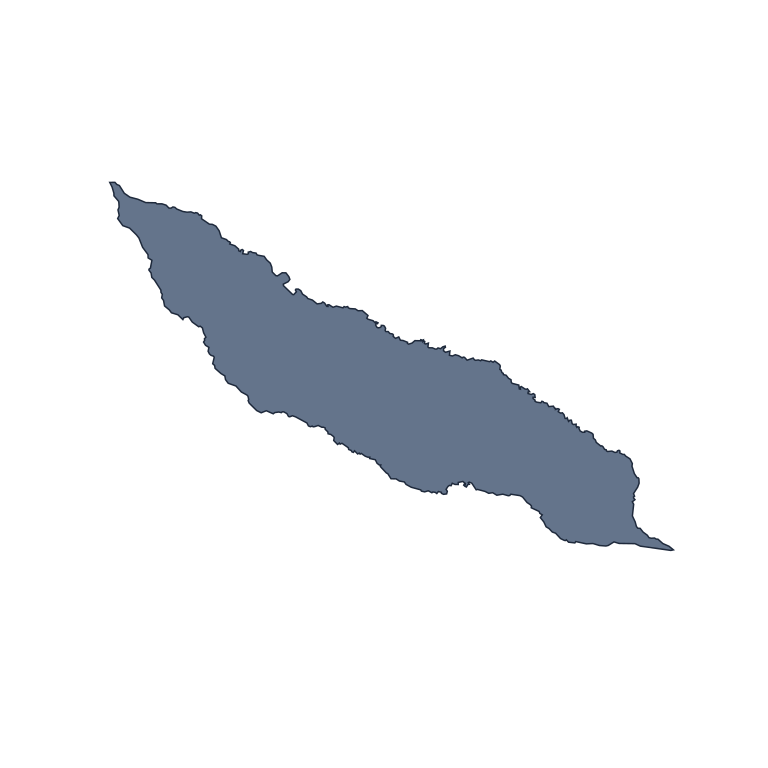 the district of Campos de Júlio, Mato Grosso, Brazil, rotated 293°
{"feature_id": "56859067B17254168333074", "entity_name": "Campos de Júlio", "entity_type": "district", "adm_level": 2, "iso_a3": "BRA", "parent_name": "Brazil", "parent_adm1": "Mato Grosso", "projection": "robinson", "projection_center": [-59.168, -13.576], "detail": "fine", "context": "isolated", "style": "filled", "palette": "slate", "viewbox_px": 768, "rotation_deg": 293, "n_neighbors": 0, "source": "geoboundaries", "source_scale": "gbopen_adm2", "svg_char_len": 6139}
<svg xmlns="http://www.w3.org/2000/svg" viewBox="0 0 768 768"><g transform="rotate(293 384 384)"><path d="M428.0,535.7L426.9,531.4L427.2,529.7L428.2,529.3L428.8,526.9L430.0,526.4L430.7,528.4L433.2,526.9L433.5,525.2L431.9,523.6L431.5,520.3L432.9,519.8L433.8,521.1L435.6,517.9L434.7,517.0L434.5,515.6L435.3,511.3L434.3,510.6L432.5,511.6L432.3,510.5L435.7,508.5L434.7,501.8L435.2,500.6L437.6,499.2L437.9,496.4L439.8,493.0L439.3,490.3L440.4,489.6L440.6,488.1L442.6,486.3L442.7,484.9L446.0,484.0L447.0,482.8L448.4,476.9L446.6,475.9L447.0,473.3L445.8,472.4L444.4,464.4L443.2,463.9L443.0,461.4L441.6,459.1L441.6,457.8L442.7,455.9L438.4,451.2L440.0,447.7L439.7,446.4L438.6,445.7L439.2,441.7L438.8,438.2L436.5,436.0L436.0,433.0L440.1,431.8L437.2,428.2L437.9,425.8L439.8,425.0L441.8,426.2L442.8,425.5L441.2,423.6L438.6,422.3L438.3,419.6L436.8,418.9L436.2,417.6L436.2,414.4L434.9,411.2L435.3,409.9L439.0,408.9L437.1,406.7L437.1,405.4L439.1,404.9L439.3,403.9L438.4,403.4L440.0,403.0L439.3,402.3L439.1,399.9L438.5,401.8L436.0,395.5L432.6,393.8L430.3,391.1L430.5,389.7L431.6,389.4L431.5,384.5L430.7,382.0L433.1,379.2L430.5,376.8L431.4,373.9L432.8,373.5L433.4,372.4L432.8,369.5L433.9,367.4L433.0,365.2L433.6,364.2L435.9,363.7L437.5,361.7L437.6,360.3L436.9,358.6L435.7,359.0L434.5,358.3L433.4,356.7L433.4,355.4L435.0,353.2L436.5,353.3L437.0,354.5L438.0,354.6L438.1,352.2L436.9,351.9L438.0,349.2L437.4,343.9L437.8,342.5L440.8,342.5L443.1,335.3L441.3,331.5L441.9,328.2L440.1,323.1L440.2,321.4L441.1,320.3L439.7,318.4L439.7,317.0L438.1,316.5L437.1,309.7L434.7,307.1L435.5,302.3L434.8,301.2L433.5,302.1L433.1,301.0L435.3,297.7L435.6,295.6L433.8,294.8L431.6,291.1L433.3,285.3L432.9,280.4L434.0,278.7L434.9,273.9L437.4,270.9L437.9,268.1L437.0,265.9L435.9,265.7L434.7,267.3L431.0,266.0L430.7,264.9L435.2,253.1L436.6,252.3L440.7,255.8L443.5,256.5L445.6,254.5L448.0,250.3L446.6,246.8L441.9,243.7L441.5,242.1L443.4,237.4L447.8,235.0L450.8,232.1L452.4,227.5L454.7,223.8L453.4,218.0L453.3,216.6L454.5,215.1L453.6,211.5L453.9,209.5L452.3,207.5L450.9,208.2L449.9,207.4L448.7,203.0L452.0,202.5L452.4,200.9L451.1,199.8L449.8,199.9L449.9,198.2L451.3,197.6L453.0,192.7L452.6,187.3L454.1,187.3L454.6,186.3L454.4,185.0L455.4,182.5L455.1,177.2L460.6,172.4L463.6,167.6L463.9,163.6L462.9,160.9L464.8,151.5L467.6,150.5L468.0,148.8L467.2,148.0L468.5,145.6L468.2,143.7L467.1,142.7L467.0,139.0L465.2,135.6L464.2,131.4L464.1,124.8L464.9,122.5L464.5,120.5L462.7,119.3L461.9,117.3L463.5,113.6L463.1,109.2L461.1,104.6L461.6,103.0L457.9,93.8L457.9,85.2L456.7,77.1L458.1,70.4L463.3,62.9L463.3,60.1L464.5,57.5L462.4,52.8L459.1,56.7L454.1,60.8L451.7,61.9L448.5,68.3L447.3,69.1L443.2,71.1L440.3,71.1L435.7,74.4L432.2,74.2L427.7,81.7L428.1,88.9L424.6,97.8L422.6,101.4L415.5,108.4L410.9,116.2L407.9,117.6L407.2,122.0L399.4,123.7L397.9,122.8L397.0,123.1L395.2,126.2L391.4,128.6L390.0,132.1L383.3,141.9L381.2,142.9L379.9,144.9L376.4,145.7L374.8,148.4L370.1,151.5L368.3,157.5L366.5,160.5L367.2,167.2L364.7,173.7L366.8,173.8L369.1,176.7L369.3,178.2L366.1,183.3L364.3,191.1L365.4,192.2L364.7,194.9L360.6,198.0L357.5,201.8L355.4,201.0L354.2,201.9L352.1,201.5L349.9,204.6L349.3,208.5L345.4,209.3L343.5,211.5L342.8,213.6L343.0,216.2L342.2,217.3L335.7,218.4L334.9,220.8L332.4,222.4L329.9,229.9L329.3,234.3L326.1,236.4L323.8,240.3L324.3,248.5L320.9,255.8L320.3,262.1L319.6,263.6L316.9,265.5L315.7,265.4L313.7,267.4L309.8,277.2L309.5,282.2L313.4,286.1L313.3,293.7L315.0,294.6L317.1,298.1L317.5,300.7L318.6,301.2L319.2,302.6L318.8,306.2L316.8,308.8L317.0,310.1L319.0,312.1L319.2,315.5L318.0,328.3L315.9,330.8L315.9,332.9L317.2,334.4L316.9,335.5L317.7,336.9L320.1,339.6L319.9,343.7L320.6,345.2L320.5,347.1L319.3,347.6L318.0,351.0L316.3,352.0L316.8,354.8L315.9,358.1L315.2,359.1L312.3,359.8L310.2,364.9L312.2,366.0L311.5,367.1L313.0,368.5L311.4,376.0L309.9,377.1L310.0,379.7L309.0,381.0L309.1,382.6L311.0,383.0L309.3,387.1L310.7,388.2L310.1,389.4L311.2,390.2L310.2,394.9L310.3,397.7L311.1,399.6L309.8,399.9L310.9,405.6L308.3,408.6L307.6,411.3L308.2,412.7L306.9,412.7L306.2,413.7L303.0,421.0L303.0,422.4L299.5,427.5L301.4,432.2L300.7,436.1L301.8,441.0L300.2,443.5L299.6,449.4L300.9,459.2L300.0,460.3L300.6,463.6L303.0,466.5L302.6,470.6L303.7,471.2L304.3,473.5L303.8,475.4L306.3,476.1L306.7,479.1L305.8,479.6L305.7,481.9L307.3,484.6L310.0,484.2L311.3,482.3L314.7,482.9L316.2,483.8L316.6,485.5L319.3,485.6L319.3,488.6L320.5,491.6L322.4,490.8L325.1,494.7L324.2,497.8L323.2,498.1L323.2,497.0L322.0,496.9L321.4,498.7L321.4,500.1L324.3,500.5L325.0,501.7L326.2,500.1L327.0,500.8L327.0,503.6L322.6,510.2L323.5,511.3L324.6,519.0L324.3,523.1L326.4,526.5L325.7,531.3L329.0,536.4L329.7,542.0L330.5,543.3L332.1,543.8L334.4,552.9L334.1,555.8L330.8,562.0L330.1,565.8L329.3,567.4L327.6,567.9L327.3,576.6L325.8,578.0L325.4,580.8L322.1,580.1L319.5,585.0L315.9,589.0L315.4,592.5L313.5,596.7L313.7,600.3L310.7,606.9L310.5,611.1L310.8,612.2L311.8,612.7L310.5,615.7L312.3,621.8L313.9,622.1L315.9,632.7L318.8,638.7L319.5,645.4L321.6,651.6L323.0,653.5L328.5,657.4L329.1,662.7L335.1,677.4L334.9,683.3L342.9,713.1L344.4,715.2L346.0,709.8L346.1,703.0L348.2,696.8L347.6,695.2L347.9,693.2L346.4,690.2L346.1,687.9L347.7,685.5L348.9,680.4L351.2,676.2L350.4,673.9L351.5,672.0L355.2,669.1L359.6,664.2L370.9,660.8L372.6,658.6L375.6,660.2L376.5,658.4L377.6,657.8L378.6,658.5L380.6,656.5L388.1,657.8L392.3,657.6L396.3,655.7L397.0,654.7L396.6,653.6L399.3,649.5L405.2,644.4L407.8,643.7L411.2,639.7L412.1,634.6L413.1,632.7L412.5,631.4L412.7,627.9L414.5,627.4L414.8,626.2L413.7,625.0L412.2,625.0L411.2,623.3L411.3,620.0L409.2,616.1L409.4,614.9L410.3,614.2L410.0,612.6L411.9,610.0L412.2,608.6L411.6,607.8L413.2,602.2L415.1,600.4L415.9,598.0L419.4,596.1L420.0,594.4L420.1,589.0L418.9,587.1L418.0,587.6L417.1,585.6L417.4,582.9L419.3,580.8L420.4,580.6L420.4,579.1L419.4,578.5L420.6,577.1L422.1,576.6L420.7,574.1L421.0,572.7L423.9,570.6L423.4,569.3L421.7,568.5L424.5,565.8L423.4,565.3L423.1,564.1L426.1,561.7L427.2,559.5L426.2,557.9L426.6,555.2L429.2,555.3L429.3,553.7L427.6,551.8L428.6,551.5L428.4,550.5L429.8,548.6L427.6,544.5L430.0,541.5L429.3,538.5L429.9,537.4L429.8,536.1L428.0,535.7Z" fill="#64748b" stroke="#1e293b" stroke-width="1.5"/></g></svg>